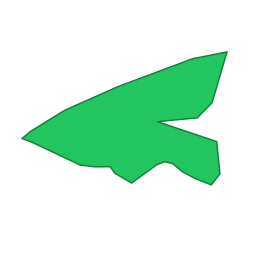 the Canton of Basel-Stadt, rotated 354°
{"feature_id": "CHE-3425", "entity_name": "Basel-Stadt", "entity_type": "Canton", "adm_level": 1, "iso_a3": "CHE", "parent_name": "Switzerland", "parent_adm1": "", "projection": "natural_earth1", "projection_center": [7.602, 47.563], "detail": "fine", "context": "isolated", "style": "filled", "palette": "green", "viewbox_px": 256, "rotation_deg": 354, "n_neighbors": 0, "source": "natural_earth", "source_scale": "10m", "svg_char_len": 472}
<svg xmlns="http://www.w3.org/2000/svg" viewBox="0 0 256 256"><g transform="rotate(354 128 128)"><path d="M234.4,62.7L214.3,111.6L198.0,125.1L161.8,124.8L157.9,124.8L214.8,150.8L214.6,183.3L204.9,193.3L189.4,185.3L177.5,177.1L168.7,168.1L160.9,165.3L152.8,167.5L125.9,183.1L110.4,171.8L106.1,164.6L91.2,163.2L76.7,159.9L30.2,131.7L21.6,127.4L30.0,121.5L66.8,103.8L120.7,86.3L121.5,86.0L199.7,65.8L234.4,62.7Z" fill="#22c55e" stroke="#15803d" stroke-width="1.5"/></g></svg>